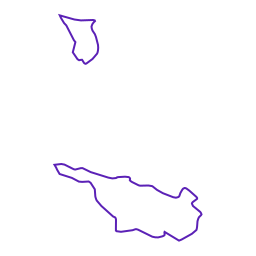 the State of Bremen
{"feature_id": "DEU-1575", "entity_name": "Bremen", "entity_type": "State", "adm_level": 1, "iso_a3": "DEU", "parent_name": "Germany", "parent_adm1": "", "projection": "robinson", "projection_center": [8.734, 53.321], "detail": "fine", "context": "isolated", "style": "outline", "palette": "violet", "viewbox_px": 256, "rotation_deg": 0, "n_neighbors": 0, "source": "natural_earth", "source_scale": "10m", "svg_char_len": 1815}
<svg xmlns="http://www.w3.org/2000/svg" viewBox="0 0 256 256"><path d="M61.3,164.0L64.5,164.6L73.7,169.2L74.9,169.5L75.4,169.5L81.0,168.1L82.5,168.1L90.7,172.1L108.3,177.6L112.3,178.4L115.5,178.1L116.3,177.9L116.6,177.8L117.1,177.3L118.3,177.1L125.0,176.7L128.7,177.1L129.3,177.5L129.7,177.9L130.0,178.4L130.1,178.9L130.0,179.5L129.8,180.1L130.5,181.0L132.0,182.0L138.6,185.3L140.1,185.7L148.4,185.5L152.0,186.1L152.6,186.4L157.0,189.9L162.9,193.2L173.2,197.2L175.9,197.7L177.5,197.3L178.4,197.0L179.0,196.5L179.4,195.9L179.6,195.3L180.0,194.1L180.4,193.0L181.8,190.5L182.5,189.4L183.1,188.7L184.5,188.0L185.4,188.1L186.4,188.5L189.4,190.7L196.4,196.9L197.1,197.9L197.1,198.8L196.1,199.6L192.7,202.1L192.0,203.1L191.9,203.6L193.0,206.0L200.3,212.0L201.0,213.1L201.5,214.4L201.0,215.2L198.9,217.3L198.2,218.9L197.5,221.2L197.1,226.5L196.8,228.6L196.4,230.0L191.9,233.8L181.5,239.6L179.0,240.6L164.6,231.9L164.5,232.2L164.4,232.7L164.6,233.8L164.6,234.9L163.7,235.8L162.2,236.4L158.1,237.4L155.2,237.3L152.3,236.7L138.1,229.7L136.5,229.2L135.5,229.2L132.6,230.2L121.0,231.8L116.6,231.2L116.3,230.8L115.9,230.6L115.9,230.3L116.0,230.0L115.9,229.3L116.0,219.6L115.7,218.3L115.1,217.4L113.1,216.5L101.4,206.0L96.7,200.5L96.1,199.1L95.5,197.2L95.3,196.2L94.8,189.3L90.6,182.8L88.7,181.5L82.2,181.9L78.9,181.6L71.9,177.9L59.6,174.0L57.1,169.7L56.1,167.5L54.5,164.8L61.3,164.0ZM72.8,52.3L75.4,42.1L73.9,40.2L66.3,25.4L64.1,23.1L61.0,18.0L59.8,15.4L74.4,19.5L80.9,20.4L93.1,20.0L94.7,20.4L95.0,21.1L93.9,22.1L93.1,23.1L92.4,24.1L92.0,25.1L91.5,26.6L91.8,28.6L92.5,30.6L94.9,34.2L96.0,37.1L98.0,44.9L98.2,47.8L98.0,50.3L97.6,52.3L97.1,53.6L92.5,59.0L86.4,63.5L85.8,63.7L85.4,63.8L84.8,63.5L84.0,62.9L82.1,59.8L81.9,59.8L81.2,59.8L79.1,60.2L77.5,59.2L73.9,53.9L72.8,52.3Z" fill="none" stroke="#5b21b6" stroke-width="2"/></svg>